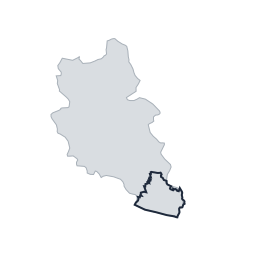 Belgium, with West Flanders highlighted, rotated 220°
{"feature_id": "BEL-3479", "entity_name": "West Flanders", "entity_type": "Province", "adm_level": 1, "iso_a3": "BEL", "parent_name": "Belgium", "parent_adm1": "", "projection": "robinson", "projection_center": [3.055, 51.038], "detail": "fine", "context": "in_parent", "style": "outline", "palette": "slate", "viewbox_px": 256, "rotation_deg": 220, "n_neighbors": 0, "source": "natural_earth", "source_scale": "10m", "svg_char_len": 3220}
<svg xmlns="http://www.w3.org/2000/svg" viewBox="0 0 256 256"><g transform="rotate(220 128 128)"><path d="M116.7,72.8L120.6,74.3L124.0,74.6L125.4,74.0L124.5,70.2L127.2,68.2L130.3,67.3L131.7,68.9L134.5,70.6L136.7,70.6L142.7,66.3L144.1,67.1L145.4,68.6L145.7,69.9L145.9,71.2L147.3,71.7L152.0,71.4L154.4,69.1L156.2,67.6L157.6,68.6L158.4,71.5L159.7,75.2L165.4,79.4L170.2,80.6L176.0,79.8L178.3,79.0L179.9,79.7L181.5,81.9L184.9,84.4L192.0,86.2L194.2,87.2L195.7,88.9L195.3,91.4L192.1,97.4L191.6,99.2L192.1,99.8L191.5,100.9L187.1,105.0L186.8,106.4L188.3,108.8L189.5,110.7L192.2,111.7L194.7,112.0L199.4,112.1L204.4,112.2L205.0,113.3L210.7,116.6L212.4,119.2L216.5,121.8L213.2,124.9L213.8,126.4L215.0,127.8L219.6,128.7L221.9,130.7L222.1,133.9L223.2,139.2L213.9,144.3L211.4,150.1L211.2,151.3L210.8,151.1L209.8,149.2L208.1,149.2L204.1,148.4L198.8,153.6L196.4,158.0L195.0,161.2L192.9,163.9L192.5,166.6L192.7,167.8L192.0,169.3L192.0,170.9L195.2,174.0L196.0,175.7L199.9,181.3L198.7,183.3L197.8,185.5L196.7,187.0L195.5,188.0L191.5,187.9L186.5,188.6L183.1,189.7L181.4,189.7L177.7,187.0L173.6,182.8L171.1,180.9L169.9,179.2L166.7,178.4L162.1,176.4L159.0,174.2L156.3,172.8L152.5,172.1L149.3,172.2L148.4,168.5L147.9,164.2L145.4,161.3L148.8,150.3L146.7,149.3L144.4,150.1L141.1,152.8L139.6,155.9L138.7,158.6L133.2,161.3L124.4,162.3L114.8,161.3L113.5,160.6L112.9,159.8L112.9,158.8L113.5,157.3L115.2,155.5L115.6,152.9L113.8,150.7L112.7,149.9L113.1,147.7L114.4,145.0L114.6,143.5L108.1,138.8L103.4,137.9L98.9,137.8L95.4,137.2L93.4,137.5L92.0,138.8L90.5,139.8L89.4,138.6L87.4,130.4L85.8,129.2L80.0,127.8L72.0,127.3L69.9,125.8L68.7,122.1L68.0,117.6L65.3,113.4L64.0,112.3L61.6,110.4L57.5,111.2L52.5,113.7L49.5,114.4L48.4,114.6L44.4,112.2L40.0,108.4L36.4,104.4L35.6,102.2L36.7,99.5L35.4,97.4L33.5,93.7L32.9,90.7L54.4,80.3L67.4,74.9L73.6,73.3L75.1,78.7L76.2,80.4L77.7,81.5L79.6,81.7L81.8,80.4L84.9,79.0L89.9,79.6L93.6,80.9L94.9,82.3L97.3,83.5L100.8,83.9L107.6,81.4L114.1,77.7L116.0,75.1L116.7,72.8Z" fill="#d9dde1" stroke="#a8b0b8" stroke-width="1"/><path d="M39.1,108.4L38.7,108.4L37.9,108.2L37.6,108.1L37.3,107.8L36.9,107.0L36.7,106.8L36.1,106.5L35.9,106.3L36.0,106.0L36.4,105.4L36.4,104.9L35.4,102.2L35.7,101.7L36.9,100.8L37.2,100.4L37.0,99.1L36.2,98.2L34.5,96.7L34.0,95.5L33.5,92.7L32.8,91.3L33.8,90.7L35.6,90.2L42.3,86.2L52.6,81.4L62.5,76.3L73.5,73.5L74.0,75.8L73.8,77.4L73.7,78.8L74.4,80.4L75.6,81.4L76.0,81.6L74.4,82.5L75.3,84.1L74.1,84.8L75.4,85.1L76.6,86.7L74.8,89.4L72.7,90.5L78.2,93.7L77.2,94.3L78.6,96.3L77.4,97.8L78.2,98.7L76.7,99.3L79.1,100.2L78.1,100.2L78.8,100.8L78.5,101.1L77.3,101.0L77.7,101.7L77.0,102.2L77.4,103.0L78.6,102.5L79.4,102.7L79.8,103.9L78.6,104.8L81.7,106.9L81.0,107.6L82.2,108.8L82.0,109.3L79.0,111.1L76.7,112.4L74.5,114.3L74.3,114.7L73.8,114.6L73.5,114.6L72.3,113.9L72.4,113.0L71.3,111.8L69.2,112.1L67.2,111.2L65.0,112.1L64.4,112.2L63.6,111.1L62.7,110.4L61.4,110.1L57.5,111.1L57.5,110.9L57.1,108.8L56.3,108.4L53.4,109.3L53.4,109.6L54.4,110.6L52.5,111.2L52.3,111.8L50.9,112.0L50.2,111.5L49.9,111.5L48.5,112.2L49.5,114.8L49.7,115.3L45.8,113.9L44.9,113.3L44.6,112.9L44.0,111.7L43.7,111.2L41.8,109.8L41.5,109.4L41.4,109.0L41.1,108.6L40.5,108.3L40.0,108.3L39.1,108.4Z" fill="none" stroke="#1e293b" stroke-width="2"/></g></svg>